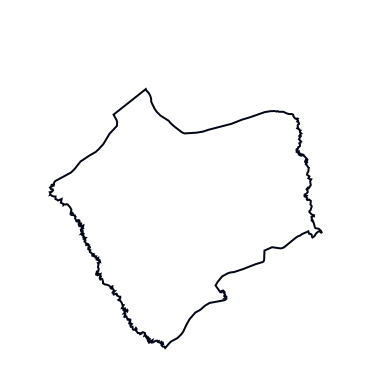 outline of Prang Ku, Si Sa Ket, Thailand, rotated 144°
{"feature_id": "78962969B23076564972122", "entity_name": "Prang Ku", "entity_type": "district", "adm_level": 2, "iso_a3": "THA", "parent_name": "Thailand", "parent_adm1": "Si Sa Ket", "projection": "mercator", "projection_center": [104.074, 14.846], "detail": "fine", "context": "isolated", "style": "outline", "palette": "ink", "viewbox_px": 384, "rotation_deg": 144, "n_neighbors": 0, "source": "geoboundaries", "source_scale": "gbopen_adm2", "svg_char_len": 5972}
<svg xmlns="http://www.w3.org/2000/svg" viewBox="0 0 384 384"><g transform="rotate(144 192 192)"><path d="M121.8,89.5L120.6,88.2L120.3,87.1L121.3,85.1L121.2,84.3L118.9,84.3L116.1,85.5L113.3,85.8L112.3,85.4L111.7,84.7L111.4,83.2L110.8,83.2L110.5,84.7L111.0,87.6L113.3,90.2L113.4,91.0L111.6,95.7L111.7,97.6L111.1,97.6L111.1,98.4L111.8,98.8L111.7,99.1L111.0,99.3L110.0,101.6L107.9,101.2L107.6,100.7L106.9,101.4L108.4,103.5L108.8,106.9L108.2,107.5L106.9,107.6L103.8,109.8L103.4,110.5L103.5,112.3L101.1,114.9L101.7,117.1L103.1,117.4L103.5,118.0L103.5,118.7L102.4,119.5L102.8,121.0L101.6,121.4L102.7,122.3L103.4,122.3L103.4,122.7L102.4,123.7L100.2,123.4L98.5,123.8L97.8,124.9L97.7,126.9L95.9,127.3L96.1,126.4L95.6,126.3L91.8,127.8L90.2,131.2L88.1,132.2L89.3,133.3L89.3,134.0L89.8,134.7L87.8,135.6L88.8,138.4L87.5,139.6L86.1,140.0L83.3,142.9L83.6,143.6L83.3,146.0L83.6,147.6L81.5,148.3L81.8,149.2L82.7,149.1L82.8,150.0L81.4,150.9L80.9,149.7L80.4,149.7L79.5,150.5L80.0,154.8L80.3,155.4L79.9,156.5L80.9,157.8L81.7,157.0L82.5,157.3L83.5,159.5L82.9,160.1L82.5,159.1L82.1,159.2L82.1,160.2L83.0,160.9L81.8,162.0L83.7,162.7L83.8,163.0L82.2,163.8L82.8,164.5L82.4,165.0L80.3,165.1L79.5,165.9L78.6,165.5L77.6,165.8L77.0,166.5L76.5,168.4L75.2,168.1L74.7,168.9L74.1,168.8L74.4,171.9L71.3,173.2L72.2,174.3L71.4,174.6L71.4,174.2L70.9,174.2L69.8,175.3L69.2,175.2L69.6,176.8L68.9,177.7L68.1,178.0L68.6,178.8L68.3,179.6L69.4,181.7L68.1,182.1L67.9,183.2L66.9,184.1L65.7,184.1L65.0,184.6L65.1,185.9L64.7,186.6L65.3,187.2L64.2,187.6L64.3,188.8L63.3,189.1L63.6,189.6L64.6,189.8L65.4,191.0L65.4,193.7L64.8,194.9L64.9,195.5L65.7,196.7L67.6,197.9L69.2,200.0L70.9,203.1L74.6,205.9L75.2,207.1L76.3,207.4L77.3,208.7L80.7,211.1L86.3,213.9L101.6,218.5L108.9,221.1L120.1,224.0L142.2,232.7L147.6,234.4L153.6,237.4L163.5,243.7L164.6,245.2L165.4,247.2L167.9,255.8L168.9,260.8L169.0,263.3L172.6,272.4L173.4,277.6L173.3,281.5L172.0,288.8L170.1,291.8L169.2,294.5L168.8,297.7L169.3,301.0L168.9,302.4L210.0,300.7L210.8,294.3L211.6,292.3L213.9,289.6L224.4,287.6L235.5,282.9L242.6,281.4L246.5,281.0L253.8,281.8L264.3,282.2L273.8,279.5L278.6,278.9L296.0,281.2L297.2,281.0L299.1,279.9L299.1,279.2L300.1,278.4L300.5,278.6L300.6,279.8L301.3,280.3L301.9,280.0L302.2,278.9L304.2,279.1L304.4,277.0L303.1,276.0L303.4,275.0L305.6,274.6L307.2,275.4L307.6,273.8L308.5,273.2L308.1,273.1L307.5,271.1L305.9,269.0L305.1,268.6L306.6,266.5L305.8,265.4L305.4,263.9L301.6,263.0L304.4,260.4L303.1,258.1L303.7,257.1L302.7,257.3L302.0,256.3L300.7,256.0L299.9,254.9L299.6,251.1L300.0,248.5L302.9,245.9L301.8,245.2L301.0,245.3L301.0,244.5L302.2,244.3L302.8,244.8L303.1,244.5L300.5,241.9L301.0,241.2L300.8,240.3L302.0,239.7L302.4,237.4L301.7,236.6L302.6,236.3L302.4,235.7L301.5,236.2L300.9,235.2L300.4,236.0L300.1,235.8L300.1,234.3L302.6,232.7L303.0,231.6L302.7,231.5L302.2,232.3L301.5,232.7L300.2,231.7L300.9,230.8L302.9,230.9L303.1,230.5L302.2,229.7L301.5,228.2L301.2,228.4L301.7,229.1L301.2,229.8L300.9,229.0L299.6,228.8L300.6,227.8L301.8,227.5L301.7,226.6L303.2,227.1L304.0,226.9L304.5,225.9L303.9,225.9L303.3,224.7L303.9,224.0L305.6,223.5L304.4,223.2L304.3,222.3L305.9,222.9L306.3,222.5L306.1,221.2L305.4,220.8L305.7,219.4L306.6,219.0L305.0,217.4L306.7,217.2L306.3,216.8L306.5,215.9L307.1,216.0L308.1,215.1L307.6,214.5L308.1,212.9L307.2,211.6L308.4,211.6L308.7,211.2L307.2,210.5L306.6,209.5L307.4,209.0L306.9,207.8L307.2,207.1L308.7,207.7L309.5,206.8L308.5,204.8L309.4,204.5L309.9,203.3L309.4,202.6L309.3,201.0L308.4,199.9L309.1,199.9L310.1,199.1L309.1,197.7L308.7,198.2L308.3,198.1L308.2,196.8L307.5,196.3L308.5,195.7L308.0,195.1L308.6,194.0L306.6,193.8L306.9,193.4L308.4,193.4L308.5,192.5L307.0,191.5L306.8,191.0L307.5,189.3L308.1,190.1L309.0,189.3L309.9,189.8L310.2,188.3L312.2,186.7L312.6,184.7L314.0,183.3L314.4,183.1L315.7,183.6L316.2,183.1L315.5,180.9L316.1,180.8L317.4,182.2L318.1,181.6L317.4,180.1L314.2,179.4L315.0,178.7L315.4,177.3L316.3,177.5L317.5,176.3L317.6,175.2L316.4,175.3L315.8,174.3L316.6,171.8L317.7,170.5L316.8,168.4L315.7,167.4L314.2,165.3L313.8,163.6L314.3,162.2L314.0,161.2L313.7,161.2L312.9,162.6L311.9,162.4L312.7,161.4L313.0,160.2L312.9,159.2L313.3,158.0L314.4,157.6L313.2,157.1L315.3,156.6L315.6,155.1L312.9,154.1L312.8,153.3L313.5,152.5L312.4,150.0L311.6,149.4L312.3,148.4L313.8,147.8L315.0,147.9L314.8,147.2L313.9,146.6L314.0,143.6L314.7,141.3L313.9,140.7L316.9,139.2L316.1,138.7L316.4,136.9L315.4,137.4L314.7,137.2L315.3,136.1L314.6,134.4L313.7,134.7L313.7,134.1L314.7,133.4L315.1,134.3L316.7,135.6L316.5,134.3L318.4,133.8L317.6,133.4L317.6,132.5L320.1,130.8L319.9,130.4L318.9,130.5L318.2,130.0L319.1,126.7L318.1,126.5L318.2,125.3L317.6,125.8L316.9,125.0L317.7,124.0L318.9,123.5L318.8,122.5L319.5,122.9L320.0,122.6L319.4,121.1L318.6,121.2L318.3,120.6L320.4,120.1L320.7,118.7L319.3,118.0L320.6,115.7L320.0,114.5L319.4,114.2L317.3,115.0L317.3,113.8L318.8,112.9L318.7,109.7L317.0,108.4L317.5,107.5L316.0,107.1L315.3,107.7L314.3,107.6L313.0,105.6L313.4,104.7L314.9,103.7L313.8,103.4L313.5,102.0L313.6,101.5L314.4,101.7L314.5,99.7L313.0,100.1L313.1,99.3L312.5,98.1L312.8,97.7L315.0,97.6L315.3,97.0L314.9,96.0L315.3,95.4L314.7,95.1L313.1,95.7L311.1,95.4L312.9,94.2L313.0,93.8L312.0,93.3L309.0,93.0L307.7,92.3L307.8,91.3L306.6,90.9L307.3,90.2L306.4,89.1L306.3,88.3L305.2,88.7L305.5,87.3L305.1,87.2L304.6,88.0L304.1,87.5L304.8,85.9L305.6,86.3L306.7,85.9L306.6,84.2L305.3,83.2L305.4,81.6L297.3,83.4L289.9,82.4L285.0,83.0L281.1,84.2L274.7,87.8L268.8,90.5L260.3,92.5L254.4,91.8L248.3,92.4L243.0,91.9L229.0,85.2L226.9,85.4L226.7,86.1L227.6,86.7L226.0,86.7L225.7,87.1L227.0,88.4L227.1,88.9L226.7,89.1L226.1,88.6L225.5,89.6L225.5,91.6L224.6,91.8L225.1,92.8L224.5,93.5L224.6,93.9L226.2,94.5L227.1,93.6L228.0,94.2L227.9,102.5L224.4,104.1L217.3,106.0L211.0,105.2L208.6,104.5L204.7,102.4L195.2,99.4L182.9,96.2L176.0,93.8L174.9,93.8L173.7,94.5L167.8,102.0L159.7,100.3L153.5,94.3L151.5,93.4L149.0,93.2L134.9,94.0L132.2,93.9L130.1,93.2L127.9,93.3L121.0,91.8L121.8,89.5Z" fill="none" stroke="#020617" stroke-width="2"/></g></svg>